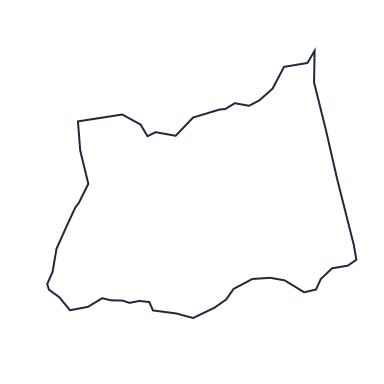 Wayi, Lac, Chad, rotated 83°
{"feature_id": "50815135B86238137663719", "entity_name": "Wayi", "entity_type": "district", "adm_level": 2, "iso_a3": "TCD", "parent_name": "Chad", "parent_adm1": "Lac", "projection": "mercator", "projection_center": [15.256, 13.3], "detail": "fine", "context": "isolated", "style": "outline", "palette": "slate", "viewbox_px": 384, "rotation_deg": 83, "n_neighbors": 0, "source": "geoboundaries", "source_scale": "gbopen_adm2", "svg_char_len": 806}
<svg xmlns="http://www.w3.org/2000/svg" viewBox="0 0 384 384"><g transform="rotate(83 192 192)"><path d="M317.2,206.2L309.6,183.8L302.8,171.1L293.3,162.6L285.7,142.7L286.7,124.8L291.0,110.8L305.2,92.9L303.9,80.8L294.1,74.8L284.8,62.3L284.1,46.3L279.2,37.1L264.0,37.9L197.2,46.3L146.3,51.6L98.2,57.5L66.8,53.1L78.0,61.7L79.0,85.4L99.3,99.5L109.2,113.9L113.4,124.8L109.1,138.6L113.7,148.9L113.5,154.7L118.2,181.8L134.2,201.4L128.2,220.8L131.2,229.4L118.8,234.8L106.6,251.8L108.0,296.6L137.1,297.9L171.3,293.9L189.2,305.8L193.0,309.6L209.2,319.7L231.8,333.4L254.2,340.1L265.7,346.9L271.5,345.9L280.2,336.6L294.5,327.5L293.3,309.3L286.5,294.0L289.6,285.7L291.3,274.1L294.4,267.6L293.7,257.6L296.0,247.8L304.8,245.2L310.6,222.5L315.1,211.5L317.2,206.2Z" fill="none" stroke="#1e293b" stroke-width="2"/></g></svg>